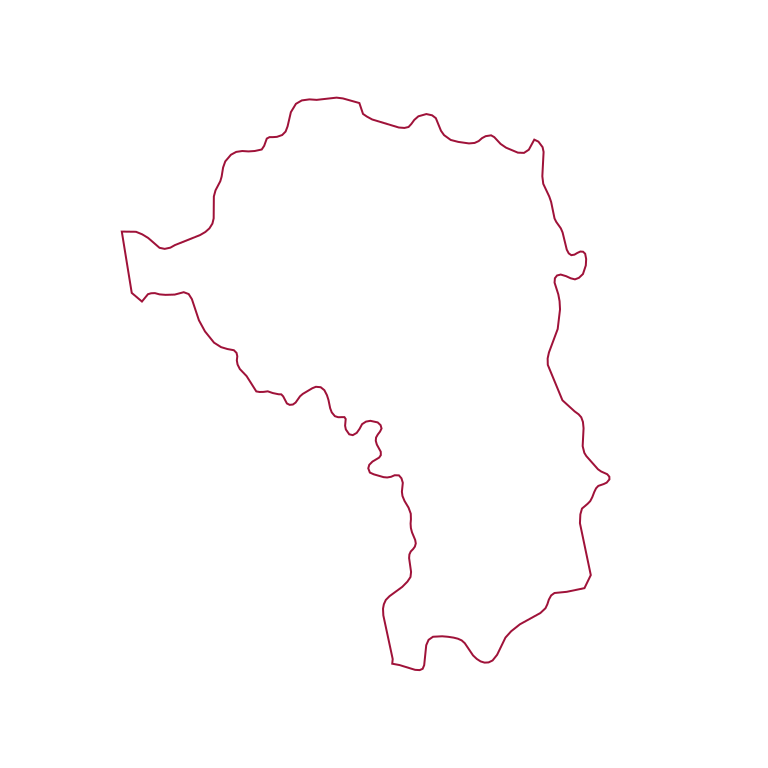 SVG path tracing the border of Cluj, rotated 257°
{"feature_id": "ROU-296", "entity_name": "Cluj", "entity_type": "County", "adm_level": 1, "iso_a3": "ROU", "parent_name": "Romania", "parent_adm1": "", "projection": "equal_earth", "projection_center": [23.487, 46.867], "detail": "fine", "context": "isolated", "style": "outline", "palette": "rose", "viewbox_px": 768, "rotation_deg": 257, "n_neighbors": 0, "source": "natural_earth", "source_scale": "10m", "svg_char_len": 3444}
<svg xmlns="http://www.w3.org/2000/svg" viewBox="0 0 768 768"><g transform="rotate(257 384 384)"><path d="M591.5,162.8L588.1,176.6L584.2,182.1L579.3,187.1L567.2,195.9L565.0,200.7L564.9,206.5L566.4,211.6L570.5,238.3L572.3,244.1L574.9,248.9L578.9,252.9L583.7,255.3L605.0,260.4L610.6,263.4L618.4,270.1L622.5,272.4L631.1,275.9L636.6,279.4L641.8,286.4L643.4,292.2L642.9,298.3L641.1,304.3L640.1,310.5L640.0,317.6L643.0,320.8L649.5,325.0L650.3,328.0L649.5,331.5L648.9,335.3L649.5,340.8L652.1,344.9L656.7,348.0L669.8,354.4L676.8,361.2L678.8,367.7L678.1,375.4L676.0,382.3L673.7,402.2L671.5,408.2L663.3,423.2L651.9,424.3L648.5,427.4L644.4,432.0L630.6,456.1L628.9,461.5L628.9,465.7L631.2,469.1L634.5,472.9L637.1,477.7L637.5,486.0L635.0,491.3L631.4,494.3L617.9,496.5L613.0,498.5L606.8,503.9L603.2,510.8L599.3,520.9L598.5,526.5L599.4,530.9L601.5,534.8L602.6,538.8L602.2,544.3L599.7,547.0L591.7,551.6L586.8,556.1L579.3,566.5L577.7,572.4L579.7,577.8L588.3,585.4L585.4,589.0L579.1,591.8L574.2,591.7L550.8,585.0L543.2,584.2L529.5,587.2L523.8,587.8L506.9,587.4L503.2,588.3L495.9,591.3L491.5,592.1L473.8,592.3L469.7,593.4L467.4,595.5L467.2,598.7L468.2,601.8L468.9,605.1L468.1,607.7L465.7,609.3L460.3,609.1L454.1,607.3L446.4,602.6L443.6,597.8L443.0,593.6L445.0,589.7L448.1,585.7L450.9,580.8L450.8,577.0L448.6,574.3L444.4,573.0L432.1,574.0L425.2,573.7L417.1,572.3L398.5,565.6L377.6,551.8L372.1,549.2L365.8,547.9L328.0,554.2L314.4,563.6L310.7,566.8L307.2,568.7L302.3,569.3L296.0,568.5L278.8,563.6L271.9,563.7L268.3,564.9L252.8,573.3L249.9,575.9L245.9,581.2L243.0,582.7L240.4,582.2L237.8,578.8L237.1,575.6L236.5,569.9L234.7,567.2L231.5,564.6L226.9,561.5L223.5,558.6L221.5,555.5L218.1,548.9L212.8,546.0L204.3,543.6L151.3,542.5L140.0,533.4L140.4,515.3L142.0,503.1L140.4,499.3L136.8,496.1L132.6,493.6L129.2,490.9L125.7,484.9L119.3,462.4L114.5,452.3L109.6,445.3L94.7,433.3L90.2,427.6L89.2,423.3L89.9,419.3L92.0,415.7L95.3,412.5L99.5,409.7L113.3,404.4L116.7,402.0L119.2,398.7L121.2,394.8L123.3,389.5L125.1,383.9L126.7,374.9L124.7,369.9L120.0,366.4L101.0,359.9L97.8,357.6L97.2,354.4L98.5,350.0L106.7,335.8L109.6,329.1L114.0,330.6L158.7,331.3L165.3,332.5L169.4,334.3L173.2,337.2L176.0,341.6L182.2,356.1L186.2,362.4L190.0,366.4L194.8,368.1L208.7,369.3L212.2,370.4L214.8,372.4L216.6,375.2L218.6,377.5L221.5,379.1L225.0,379.3L233.2,377.9L237.7,377.8L242.0,378.5L246.1,379.8L251.6,380.9L258.0,380.1L265.4,377.7L270.7,376.8L275.0,377.2L283.5,380.1L288.2,379.8L291.6,378.0L292.7,373.9L292.0,370.0L292.2,366.1L293.3,362.7L298.3,353.7L300.9,350.3L305.4,349.7L308.6,351.5L311.0,355.3L313.4,362.7L315.4,364.9L318.7,365.6L326.6,363.4L330.5,363.2L333.6,364.2L336.2,366.6L338.5,369.4L341.2,371.6L344.7,371.4L348.0,369.2L351.2,362.4L351.4,358.0L349.8,353.6L345.8,350.1L342.5,346.4L341.2,342.1L342.8,338.8L348.3,336.6L352.1,336.7L358.5,338.8L360.6,338.0L362.0,331.8L363.7,328.9L368.1,326.7L372.5,326.1L380.9,326.3L385.9,325.9L391.4,324.5L395.1,321.6L396.6,317.0L396.0,313.2L392.6,302.6L390.9,299.4L385.8,293.7L384.5,290.6L384.9,287.4L386.9,285.0L394.6,283.0L397.0,281.6L397.7,279.0L400.2,273.6L403.0,269.1L403.4,264.9L404.2,261.0L405.5,257.9L422.6,251.9L431.0,246.9L435.9,245.7L440.1,245.9L444.0,247.3L447.5,247.3L450.7,245.3L453.3,239.3L456.6,233.5L462.5,227.7L475.5,221.4L487.7,218.0L509.9,215.9L515.6,213.9L518.5,209.5L518.2,200.2L520.0,191.2L521.8,185.5L524.1,181.2L524.8,177.5L524.6,174.2L518.8,166.7L529.5,158.7L591.5,162.8Z" fill="none" stroke="#9f1239" stroke-width="2"/></g></svg>